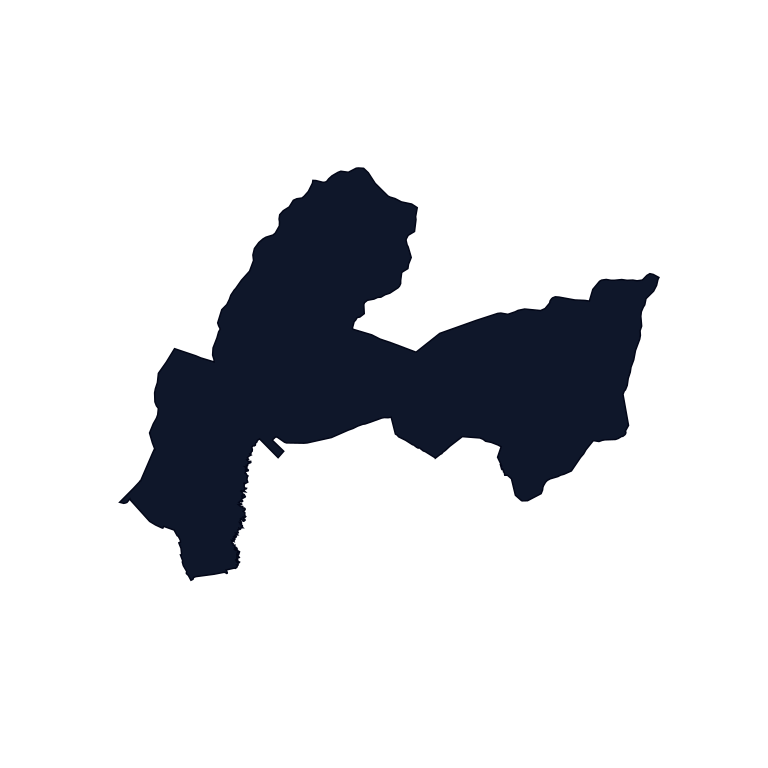 outline of Brestovat, Arad, Romania, rotated 48°
{"feature_id": "2599482B51374026190255", "entity_name": "Brestovat", "entity_type": "district", "adm_level": 2, "iso_a3": "ROU", "parent_name": "Romania", "parent_adm1": "Arad", "projection": "equal_earth", "projection_center": [21.692, 45.902], "detail": "fine", "context": "isolated", "style": "filled", "palette": "ink", "viewbox_px": 768, "rotation_deg": 48, "n_neighbors": 0, "source": "geoboundaries", "source_scale": "gbopen_adm2", "svg_char_len": 6170}
<svg xmlns="http://www.w3.org/2000/svg" viewBox="0 0 768 768"><g transform="rotate(48 384 384)"><path d="M374.8,649.6L380.7,651.9L381.3,653.0L384.7,654.7L391.5,656.1L392.1,657.3L392.7,657.7L395.4,657.5L400.7,658.8L401.3,656.7L400.4,654.9L401.2,652.8L411.7,637.5L416.7,629.2L417.5,628.3L419.6,627.6L419.7,627.1L419.2,626.6L416.6,625.7L420.7,618.4L421.5,617.9L421.8,616.2L421.1,614.7L419.9,614.6L420.8,613.4L419.5,612.5L419.9,611.3L419.7,610.5L417.8,611.2L418.3,612.2L418.1,612.5L415.4,612.0L415.3,611.7L416.8,610.9L416.9,610.4L415.2,610.2L414.5,609.5L415.6,609.1L416.1,607.6L414.4,607.4L413.3,608.3L412.5,607.9L412.0,607.2L413.1,606.9L413.5,606.1L412.0,603.6L411.1,603.9L411.2,605.5L410.8,605.5L410.2,604.2L409.3,604.0L408.6,605.4L407.3,605.7L408.1,604.4L407.8,603.2L407.3,603.2L407.1,604.2L406.1,605.0L405.8,604.7L406.3,603.7L406.0,603.4L405.0,603.9L404.0,602.6L402.9,603.9L401.5,602.9L400.3,603.5L399.7,602.4L398.3,601.9L400.6,600.8L398.3,599.9L399.8,599.4L399.5,598.4L396.8,598.0L396.9,597.3L398.2,597.3L398.8,596.6L398.5,595.9L397.8,596.2L396.8,595.7L398.2,593.7L395.6,594.0L397.0,592.2L397.0,591.8L395.2,591.2L395.1,590.5L394.6,590.1L395.2,589.1L394.1,588.3L395.8,587.8L395.3,586.2L396.3,585.1L394.8,585.3L394.9,584.3L394.3,584.0L392.3,584.7L392.0,584.5L392.5,584.4L392.6,583.4L392.0,583.1L391.1,584.1L390.2,584.0L390.8,583.4L391.0,582.3L389.2,582.2L388.7,581.1L388.1,580.8L388.3,580.0L389.2,580.5L391.8,580.4L392.2,579.9L392.2,578.2L391.2,578.0L390.8,578.6L388.4,578.0L388.4,577.6L389.6,577.5L390.1,576.3L390.0,575.4L388.6,575.5L386.5,573.5L384.3,573.8L384.6,572.1L384.3,571.1L383.7,570.7L382.9,570.7L382.0,571.9L380.6,571.0L379.4,572.5L376.3,572.9L378.4,570.5L377.9,570.1L374.8,571.2L374.8,569.0L376.3,568.7L376.6,567.6L375.8,567.1L374.1,567.1L373.9,566.2L374.4,565.4L372.9,564.9L374.7,564.1L375.1,563.2L374.9,562.4L372.7,561.9L372.3,563.0L371.8,563.4L371.6,562.5L370.9,562.1L367.8,562.1L367.9,561.0L369.6,560.5L371.3,559.2L369.2,559.3L369.0,557.9L369.7,556.7L369.5,556.0L368.0,557.1L366.2,556.3L365.2,554.9L364.1,554.6L364.1,554.1L365.1,553.7L365.8,550.9L363.2,549.7L361.8,548.0L361.3,546.6L359.7,546.9L358.3,546.4L357.2,546.9L356.5,545.3L357.6,543.0L357.2,542.4L356.6,542.4L355.9,544.0L355.2,544.5L354.8,543.9L355.8,542.9L355.5,542.5L352.6,542.7L354.1,541.5L353.8,541.1L352.4,540.7L353.2,539.8L352.1,538.5L352.7,537.5L352.4,536.4L353.1,536.1L353.2,535.5L352.3,534.8L350.8,536.6L348.5,536.7L349.3,535.2L347.3,534.8L347.3,532.2L347.9,530.2L346.2,530.5L346.5,529.2L345.8,528.3L345.7,526.8L344.4,525.5L342.7,524.8L342.3,523.4L342.2,522.7L343.1,522.0L343.4,520.6L342.0,519.0L342.0,517.0L341.2,516.2L341.5,513.2L367.9,512.0L366.9,503.5L351.3,504.6L350.9,504.0L350.8,499.9L352.1,498.9L360.7,496.9L362.5,495.9L374.3,483.2L376.4,480.5L388.6,458.9L394.4,441.4L396.3,436.8L397.7,431.7L399.8,426.6L401.0,424.9L403.4,419.3L407.7,408.6L409.1,406.3L411.8,403.5L413.5,400.9L428.8,409.0L430.8,408.4L433.0,408.5L440.3,405.6L448.3,403.4L448.6,402.9L452.9,402.1L454.5,401.5L454.3,400.7L455.5,400.3L460.0,399.6L461.8,398.6L473.0,395.4L473.5,395.6L473.9,389.5L474.4,387.6L474.1,385.9L474.4,382.7L474.3,376.8L475.5,361.0L488.3,348.8L491.3,347.4L494.5,346.8L499.1,343.4L505.6,340.1L509.0,338.9L514.4,348.6L522.9,351.1L523.2,351.3L522.3,351.7L525.9,353.5L526.5,353.5L526.4,352.7L526.8,352.7L528.7,353.4L529.2,354.0L530.2,353.8L532.6,355.3L534.5,353.3L539.7,352.7L554.6,360.8L562.5,359.9L563.2,359.6L566.8,355.4L570.6,340.6L568.9,337.1L567.2,335.2L566.3,333.5L565.1,329.8L564.9,327.2L565.7,323.9L569.2,316.6L569.9,313.8L571.5,310.6L574.0,302.9L570.1,287.1L569.5,282.4L568.0,277.9L566.2,266.9L566.5,266.0L570.6,262.7L571.9,259.5L573.3,257.2L580.1,249.1L581.2,246.4L582.0,242.3L582.7,241.6L582.9,238.9L582.6,237.7L581.6,236.4L580.7,236.6L578.4,230.0L551.6,213.3L550.0,210.2L549.9,208.5L547.8,204.2L543.3,198.8L540.0,193.1L536.8,189.2L533.2,182.3L527.4,174.7L521.8,164.0L519.4,160.9L515.8,158.1L513.4,153.8L505.5,147.8L502.5,144.4L500.4,139.9L499.7,137.3L495.9,132.2L495.4,121.5L493.1,115.4L489.7,110.6L488.8,108.4L482.7,110.6L479.9,112.6L479.2,116.0L479.6,121.8L479.4,122.8L476.6,126.9L473.3,129.5L469.6,134.0L465.5,137.4L461.3,143.1L458.7,146.0L455.0,148.9L452.4,152.8L451.9,155.1L453.4,165.5L459.8,175.9L456.4,178.7L449.3,185.9L436.5,195.8L433.8,198.4L432.8,201.1L432.8,202.4L433.3,204.7L434.7,206.9L435.7,213.8L434.2,218.5L422.4,229.3L419.0,235.1L418.1,238.3L415.1,245.3L409.5,249.7L407.6,252.3L398.4,273.0L383.7,308.7L381.8,338.9L359.0,350.7L347.9,356.9L339.3,360.2L322.9,370.2L321.5,370.3L317.7,364.5L317.6,362.5L316.8,360.0L316.8,359.2L318.1,357.1L318.5,351.6L311.5,345.9L310.5,344.1L310.7,340.3L314.2,334.6L315.4,330.8L317.4,328.2L318.4,323.4L320.4,318.9L321.9,309.1L321.6,306.9L320.5,304.4L318.2,302.3L313.2,296.5L313.0,295.6L314.2,289.0L311.4,285.6L308.2,279.1L298.3,274.3L296.0,273.7L291.9,271.4L291.1,270.4L289.7,266.5L291.1,259.3L283.2,250.2L280.8,248.5L275.2,241.3L268.8,243.0L260.3,249.2L253.6,251.7L249.0,254.5L246.8,255.3L229.0,256.3L216.5,254.3L210.1,254.8L206.3,258.5L205.0,260.3L202.8,268.8L197.0,273.7L195.9,276.6L194.5,283.2L194.5,287.7L195.1,291.1L194.6,292.7L193.3,294.4L187.2,298.5L185.1,300.6L186.9,302.8L189.7,309.9L190.3,311.5L191.0,317.6L190.9,320.5L188.0,324.8L186.8,328.4L189.0,336.0L187.8,342.8L188.4,348.2L191.2,351.6L193.6,353.2L196.5,356.0L199.1,363.8L199.0,366.8L195.9,373.5L195.2,376.9L195.1,382.3L196.6,389.6L200.4,395.1L204.9,398.3L210.2,408.4L211.5,420.5L213.8,430.5L213.9,432.2L215.5,438.4L217.7,442.4L219.8,447.7L220.2,454.8L227.3,466.7L230.0,467.9L233.6,468.9L234.6,472.0L237.9,477.2L242.8,486.9L247.8,492.0L252.3,494.1L253.9,495.5L242.0,502.7L237.1,505.0L217.6,516.0L222.1,531.2L225.1,544.5L231.3,551.4L234.5,557.0L237.1,560.4L244.0,566.2L247.9,567.7L251.1,568.0L255.4,572.7L257.1,575.9L259.2,582.1L263.5,591.0L272.8,595.5L279.3,598.0L278.8,598.3L280.3,601.8L293.2,629.9L292.8,630.6L293.1,630.9L293.9,640.2L295.0,659.6L298.5,657.3L299.5,655.6L300.0,654.2L299.3,649.5L301.1,650.1L329.3,650.1L335.9,648.1L342.2,645.4L343.1,644.8L342.4,643.1L342.7,642.8L352.1,637.7L358.3,639.2L359.7,638.8L363.9,639.9L365.4,641.2L364.7,642.6L365.1,642.9L370.3,644.8L374.8,648.1L375.3,648.9L374.8,649.6Z" fill="#0f172a" stroke="#020617" stroke-width="1.5"/></g></svg>